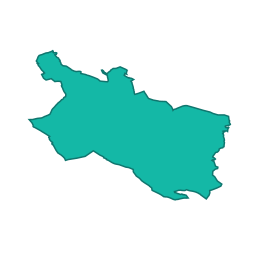 the district of Åmli nor, Aust-Agder, Norway, rotated 191°
{"feature_id": "86288312B47311775566626", "entity_name": "Åmli nor", "entity_type": "district", "adm_level": 2, "iso_a3": "NOR", "parent_name": "Norway", "parent_adm1": "Aust-Agder", "projection": "natural_earth1", "projection_center": [8.405, 58.8], "detail": "fine", "context": "isolated", "style": "filled", "palette": "teal", "viewbox_px": 256, "rotation_deg": 191, "n_neighbors": 0, "source": "geoboundaries", "source_scale": "gbopen_adm2", "svg_char_len": 5742}
<svg xmlns="http://www.w3.org/2000/svg" viewBox="0 0 256 256"><g transform="rotate(191 128 128)"><path d="M230.8,176.3L230.4,175.8L230.1,175.7L229.5,175.0L228.4,174.3L229.3,174.0L228.3,173.1L228.1,172.5L227.8,172.0L227.1,171.7L226.2,170.9L223.9,168.5L222.6,167.7L221.0,166.5L220.5,166.1L221.3,165.6L221.1,165.1L221.4,164.8L221.7,164.6L222.5,164.6L223.0,164.1L220.8,161.3L220.5,160.9L219.3,160.2L217.6,159.5L215.6,160.4L212.7,161.8L211.4,161.0L210.7,160.7L208.6,159.6L207.9,159.9L205.7,160.5L203.3,160.8L202.8,160.8L202.6,160.4L202.5,160.2L201.3,158.3L201.3,158.1L201.0,157.4L201.4,156.7L201.0,156.3L200.9,156.0L199.6,154.4L199.4,153.9L197.8,151.6L195.6,149.5L195.4,149.0L195.2,146.9L195.6,146.7L196.8,145.6L197.1,144.4L197.3,144.1L197.8,143.5L198.5,143.2L199.7,141.2L200.1,140.8L200.6,140.0L201.2,139.7L201.5,139.0L203.1,136.6L204.0,134.9L205.7,132.3L206.2,131.1L206.7,128.6L207.4,126.4L208.4,125.8L208.8,125.4L210.3,124.5L211.1,123.9L212.2,123.3L213.1,122.5L214.7,121.4L217.9,120.4L218.9,120.1L223.3,118.1L226.6,117.4L223.3,114.8L221.8,112.9L221.6,112.4L221.4,111.3L220.9,111.0L219.4,110.7L213.0,108.6L212.4,108.3L207.8,106.6L203.3,104.8L203.9,104.1L204.0,103.6L203.1,102.8L203.1,102.1L202.7,101.6L202.0,101.0L200.4,99.8L199.8,99.7L199.3,99.4L199.1,98.8L199.7,98.3L199.4,97.5L198.8,97.2L198.2,97.1L194.2,92.2L192.9,91.0L192.2,90.2L191.0,89.8L190.5,89.5L188.4,88.7L186.0,87.3L184.4,86.1L183.2,84.3L180.5,85.7L172.5,88.6L164.6,92.0L157.7,99.0L150.0,95.9L148.8,95.7L146.7,95.0L146.4,94.9L146.1,94.5L146.1,94.1L145.4,94.0L145.1,94.0L144.3,93.7L143.3,93.6L143.1,93.4L143.2,93.0L143.1,92.9L140.7,92.4L137.6,91.2L135.6,90.6L133.7,90.3L129.6,90.3L122.8,89.2L120.0,89.3L119.1,89.2L114.9,88.3L114.9,87.8L114.6,86.9L114.5,86.5L114.5,86.2L114.3,85.9L113.6,85.2L111.4,83.2L110.8,82.5L108.8,81.6L107.0,80.8L104.6,78.9L101.6,77.5L96.2,75.4L95.8,75.0L93.3,73.7L92.5,71.5L92.4,71.4L85.1,69.5L82.4,68.6L79.8,67.4L77.5,67.6L76.8,67.8L75.2,67.7L73.2,67.4L69.9,66.6L67.9,66.5L67.3,66.9L65.2,67.5L63.6,68.3L60.3,69.7L58.9,70.1L57.4,70.3L55.6,70.8L58.1,73.1L58.8,73.2L59.4,73.1L59.8,73.3L60.2,73.2L61.0,73.0L61.3,73.0L61.4,73.3L62.7,73.4L63.0,73.3L63.6,72.8L64.3,72.7L64.5,72.8L64.4,72.9L64.5,73.0L65.5,73.0L66.5,73.2L67.1,73.1L67.3,73.3L68.9,73.6L69.4,73.7L69.9,73.6L70.3,74.5L69.4,74.8L66.5,76.5L64.5,77.0L63.2,77.0L61.0,77.3L60.2,77.5L59.6,77.9L58.8,78.6L56.8,78.3L55.2,78.2L52.6,78.3L50.7,78.2L49.4,78.1L46.6,77.5L45.5,77.0L44.5,76.8L44.0,76.3L37.6,73.3L36.5,75.6L36.3,76.3L35.7,77.0L35.3,79.6L35.3,80.1L35.9,82.2L34.2,83.0L31.6,84.6L28.9,86.3L28.4,86.7L25.8,88.6L25.2,90.8L30.1,93.0L33.7,96.8L36.0,97.9L36.5,101.7L34.4,104.3L32.3,105.3L32.3,106.7L34.8,107.2L37.1,111.3L39.4,112.3L38.7,113.0L37.8,113.1L37.0,113.2L36.3,114.2L37.3,114.9L39.3,115.7L39.3,116.2L39.2,116.5L37.9,119.3L37.4,120.6L35.7,121.4L35.0,122.3L34.4,123.4L34.5,124.7L33.2,125.9L31.2,126.7L30.8,127.7L30.2,128.0L30.4,129.4L30.5,130.9L30.5,132.0L30.8,132.5L31.3,133.5L31.0,134.4L31.6,135.9L32.7,137.8L32.7,138.8L32.8,139.4L33.9,140.7L33.5,140.9L33.6,141.5L33.4,141.7L33.4,142.2L33.1,142.4L33.7,142.5L33.8,142.7L33.8,142.9L34.0,143.0L33.6,143.2L32.8,143.2L32.6,143.5L32.4,143.6L31.2,143.8L30.9,143.9L30.3,143.9L29.6,143.6L29.8,146.7L29.0,146.7L29.2,146.8L29.3,147.2L29.3,147.6L29.2,147.7L29.5,148.0L29.7,147.9L30.0,147.5L30.4,147.3L30.9,147.3L31.4,147.1L31.9,147.1L32.3,147.3L32.4,147.5L32.7,147.8L32.9,148.3L32.8,148.5L32.7,148.6L28.9,150.3L28.2,151.0L28.3,151.3L29.3,152.4L29.8,153.2L29.6,153.8L29.6,154.4L30.2,155.0L30.5,155.5L31.5,158.6L36.0,159.2L42.2,158.0L47.4,158.5L50.5,159.3L57.5,159.7L67.1,160.6L74.4,161.2L76.4,160.8L78.4,160.0L83.5,156.7L84.5,155.9L86.4,155.0L86.7,154.7L87.2,153.9L87.9,155.2L89.1,156.8L89.5,157.3L95.8,161.2L102.1,160.2L103.4,160.3L108.4,160.2L113.5,160.9L114.4,161.8L116.9,164.5L117.1,164.7L117.8,165.3L119.4,167.1L124.2,164.1L127.7,162.3L128.2,163.0L128.8,164.2L128.8,164.7L129.4,165.8L129.7,166.5L129.7,166.9L130.5,168.0L130.4,168.2L130.4,168.3L130.9,169.5L132.1,171.7L132.1,171.9L132.6,172.5L132.8,173.4L134.1,174.5L131.7,176.7L133.9,177.4L135.9,177.4L136.4,177.2L136.7,177.6L137.4,177.4L138.1,177.5L138.4,177.6L138.8,177.9L139.8,178.1L140.5,178.5L140.8,178.5L141.8,179.1L141.7,179.3L141.7,179.8L141.4,180.2L141.3,180.3L141.3,180.5L141.4,180.9L140.7,180.7L139.7,180.6L139.9,180.8L139.9,181.1L140.1,181.4L140.1,181.9L140.0,182.2L140.1,182.8L140.1,183.0L139.9,183.5L140.1,184.1L139.9,184.5L141.3,185.1L147.4,186.5L151.1,184.2L153.9,183.6L154.0,183.4L154.5,183.0L155.2,182.2L155.8,181.8L156.1,181.0L156.2,180.7L158.0,178.8L158.3,178.2L158.8,177.4L159.0,177.3L159.4,177.3L160.7,177.9L161.3,178.0L161.8,178.2L162.6,178.9L162.9,179.2L163.0,179.4L163.4,179.5L163.9,179.8L164.2,179.9L164.3,180.0L165.0,179.7L164.9,179.5L164.8,179.3L164.6,179.3L163.8,178.9L163.9,178.4L164.0,178.3L163.4,177.5L163.1,177.2L159.3,176.0L158.3,175.8L158.2,175.1L158.0,174.7L157.8,174.0L157.2,172.8L157.0,172.2L156.5,171.3L156.5,170.7L156.7,169.8L156.8,169.6L157.0,169.5L157.2,169.4L164.2,168.7L166.2,169.8L167.2,170.3L171.1,171.1L176.5,172.0L177.9,172.0L179.9,172.4L184.8,172.5L184.8,173.7L184.9,174.2L185.4,174.4L186.1,174.4L187.3,174.2L189.7,173.5L191.8,173.6L194.1,174.2L194.7,174.3L195.2,174.8L200.2,176.9L201.3,176.9L203.4,176.7L204.2,176.9L205.3,177.6L205.7,177.7L205.9,177.9L206.1,178.6L207.0,180.0L207.9,180.7L207.6,181.4L207.7,181.5L208.9,182.4L209.5,183.3L209.9,183.5L210.7,183.6L211.5,184.0L213.7,185.8L213.8,186.0L212.4,186.7L212.4,187.0L212.2,187.5L212.4,187.6L212.4,188.1L212.8,188.2L213.3,188.2L215.5,187.6L215.9,187.8L216.0,188.0L216.0,188.6L216.0,188.9L216.6,189.5L217.0,189.1L218.6,187.9L219.5,187.5L220.6,186.7L222.8,186.0L224.6,184.9L226.7,183.5L227.8,183.0L229.1,182.2L229.8,180.7L230.3,177.8L230.8,176.3Z" fill="#14b8a6" stroke="#0f766e" stroke-width="1.5"/></g></svg>